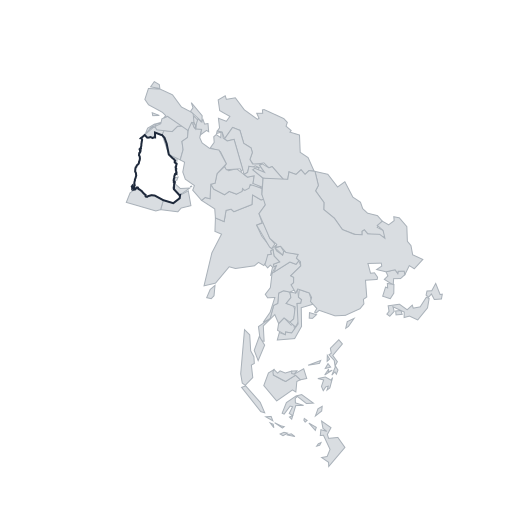 Saudi Arabia highlighted on a map of Asia, rotated 38°
{"feature_id": "SAU", "entity_name": "Saudi Arabia", "entity_type": "country or territory", "adm_level": 0, "iso_a3": "SAU", "parent_name": "Asia", "parent_adm1": "", "projection": "natural_earth1", "projection_center": [44.88, 24.248], "detail": "medium", "context": "in_parent", "style": "outline", "palette": "slate", "viewbox_px": 512, "rotation_deg": 38, "n_neighbors": 45, "source": "natural_earth", "source_scale": "50m", "svg_char_len": 14578}
<svg xmlns="http://www.w3.org/2000/svg" viewBox="0 0 512 512"><g transform="rotate(38 256 256)"><path d="M249.4,153.3L245.2,156.1L244.4,161.5L238.4,160.3L237.3,167.1L230.2,169.4L233.8,176.0L232.4,179.2L213.7,175.6L211.9,178.6L204.9,177.8L197.8,185.6L191.8,183.7L189.4,176.7L185.6,173.9L177.0,174.8L166.0,166.9L158.4,169.1L159.1,183.1L153.2,179.3L148.5,181.3L148.4,177.5L141.6,170.6L149.7,168.1L149.5,162.1L137.9,163.8L130.1,156.3L133.1,148.7L136.2,150.8L142.3,144.1L156.8,148.0L173.0,147.4L173.6,145.6L168.7,143.1L173.4,139.4L171.1,136.9L172.3,135.6L193.3,130.6L198.4,131.4L199.8,135.2L206.5,135.5L206.5,137.5L215.8,133.9L227.0,147.1L236.5,146.4L249.4,153.3Z" fill="#d9dde1" stroke="#a8b0b8" stroke-width="1"/><path d="M159.1,183.1L158.4,169.1L166.0,166.9L177.0,174.8L185.6,173.9L189.4,176.7L191.8,183.7L196.7,185.6L204.3,179.5L203.0,182.3L211.2,184.8L207.6,187.6L204.0,187.3L203.9,184.5L199.9,185.4L197.9,189.9L195.3,189.7L197.9,195.2L196.4,199.1L166.9,177.6L162.5,183.1L159.1,183.1Z" fill="#d9dde1" stroke="#a8b0b8" stroke-width="1"/><path d="M443.9,352.1L442.9,377.1L440.2,373.9L431.8,374.4L435.5,370.2L433.4,362.8L419.5,355.7L417.2,357.9L414.1,352.9L419.8,350.6L414.9,350.6L409.3,345.7L420.8,345.1L422.1,352.7L425.5,355.0L432.2,348.6L443.9,352.1ZM389.9,376.2L387.9,381.0L384.6,381.4L386.6,377.7L389.9,376.2ZM420.9,368.5L420.7,365.6L422.1,363.0L422.7,365.9L420.9,368.5ZM367.2,326.2L365.4,329.7L371.1,338.6L367.2,339.1L361.5,357.5L341.9,353.3L337.8,340.5L340.1,334.4L343.0,339.1L353.9,337.4L356.6,336.6L360.5,325.6L367.2,326.2ZM400.5,355.1L409.0,353.9L410.1,356.9L400.5,355.1ZM397.0,356.6L394.8,355.9L394.1,354.3L397.5,354.1L397.0,356.6ZM400.7,333.7L403.2,337.7L401.3,345.5L398.9,338.2L400.7,333.7ZM377.3,337.1L391.8,336.6L386.6,341.2L375.0,341.2L374.6,344.1L377.5,347.5L385.5,344.4L379.4,349.4L384.6,362.6L381.5,362.3L383.2,359.2L379.1,359.6L377.6,352.2L375.3,353.3L375.5,363.3L373.4,363.8L370.2,352.8L373.8,341.5L377.3,337.1ZM375.8,380.3L370.0,378.8L373.1,378.0L375.8,380.3ZM373.3,375.9L380.2,374.5L383.3,373.1L382.7,375.3L373.3,375.9ZM366.7,373.1L370.7,375.5L362.7,376.7L366.7,373.1ZM327.9,364.7L349.4,368.7L359.4,374.2L355.6,375.7L325.5,368.4L327.9,364.7ZM319.5,344.8L328.3,353.8L327.1,364.5L323.4,364.6L316.5,358.3L292.3,321.1L299.6,322.0L310.2,334.0L316.4,336.7L320.8,341.7L319.5,344.8Z" fill="#d9dde1" stroke="#a8b0b8" stroke-width="1"/><path d="M390.2,378.1L393.3,374.4L397.8,374.3L390.2,378.1Z" fill="#d9dde1" stroke="#a8b0b8" stroke-width="1"/><path d="M97.0,214.0L94.2,219.5L93.8,228.6L91.9,222.0L94.7,214.8L97.0,214.0Z" fill="#d9dde1" stroke="#a8b0b8" stroke-width="1"/><path d="M99.5,210.4L94.8,214.7L99.1,208.9L99.5,210.4Z" fill="#d9dde1" stroke="#a8b0b8" stroke-width="1"/><path d="M96.0,217.4L94.0,221.4L94.9,216.9L96.0,217.4Z" fill="#d9dde1" stroke="#a8b0b8" stroke-width="1"/><path d="M96.0,217.4L106.3,213.6L107.5,218.3L100.5,220.8L103.6,224.7L97.4,229.8L93.8,228.6L96.0,217.4Z" fill="#d9dde1" stroke="#a8b0b8" stroke-width="1"/><path d="M147.0,248.9L154.8,249.4L162.0,243.2L158.2,255.6L148.4,253.7L147.0,248.9Z" fill="#d9dde1" stroke="#a8b0b8" stroke-width="1"/><path d="M144.5,246.9L144.3,244.1L146.0,241.7L147.0,245.1L144.5,246.9Z" fill="#d9dde1" stroke="#a8b0b8" stroke-width="1"/><path d="M133.1,226.4L136.7,232.3L130.8,230.1L133.1,226.4Z" fill="#d9dde1" stroke="#a8b0b8" stroke-width="1"/><path d="M107.5,218.3L106.3,213.6L113.3,209.6L114.3,202.1L118.9,198.2L125.1,199.0L129.1,204.8L127.1,211.3L133.1,217.1L137.1,226.9L124.9,229.8L107.5,218.3Z" fill="#d9dde1" stroke="#a8b0b8" stroke-width="1"/><path d="M158.8,254.8L162.5,246.3L173.7,256.4L167.5,264.3L167.2,269.3L152.3,278.2L148.6,269.1L158.3,265.3L160.4,257.5L158.8,254.8ZM162.6,240.9L161.3,241.9L162.2,240.6L162.6,240.9Z" fill="#d9dde1" stroke="#a8b0b8" stroke-width="1"/><path d="M315.4,295.3L316.2,287.5L326.3,288.8L327.6,286.2L331.6,290.1L331.5,294.7L326.1,297.7L327.7,300.0L318.7,301.3L315.4,295.3Z" fill="#d9dde1" stroke="#a8b0b8" stroke-width="1"/><path d="M323.5,287.3L316.2,287.5L315.4,295.3L306.9,290.6L304.8,306.6L314.9,318.2L311.7,320.3L301.4,310.1L305.6,296.5L300.3,284.0L302.3,280.0L296.7,271.2L299.1,266.4L304.9,263.6L309.1,267.3L309.0,274.8L315.7,271.8L321.0,275.2L324.4,282.3L323.5,287.3Z" fill="#d9dde1" stroke="#a8b0b8" stroke-width="1"/><path d="M330.7,287.6L323.5,287.3L324.4,282.3L318.2,272.0L309.0,274.8L309.1,267.3L304.9,263.6L310.1,260.7L309.2,256.3L314.8,262.3L318.8,262.3L320.4,265.7L317.6,268.1L329.9,281.0L330.7,287.6Z" fill="#d9dde1" stroke="#a8b0b8" stroke-width="1"/><path d="M304.9,263.6L299.1,266.4L296.7,271.2L302.3,280.0L300.3,284.0L305.6,296.5L302.5,304.0L301.8,291.7L296.4,277.1L290.9,281.8L286.9,280.5L286.8,272.1L279.2,259.6L286.4,239.9L292.6,237.9L292.7,233.4L297.4,236.3L295.5,250.2L298.8,249.6L302.1,253.9L301.5,257.1L307.8,258.1L304.9,263.6Z" fill="#d9dde1" stroke="#a8b0b8" stroke-width="1"/><path d="M321.5,301.9L327.7,300.0L326.1,297.7L331.5,294.7L331.0,283.7L317.6,268.1L320.4,265.7L318.8,262.3L314.8,262.3L310.8,255.8L320.7,252.3L330.3,259.3L323.5,268.9L335.2,283.4L337.3,297.3L324.5,309.1L321.5,301.9Z" fill="#d9dde1" stroke="#a8b0b8" stroke-width="1"/><path d="M384.8,179.0L383.8,184.8L378.4,189.1L382.0,194.4L371.5,195.4L372.2,190.5L368.2,188.4L370.0,186.0L374.1,181.2L378.5,182.5L377.4,180.5L382.1,176.7L384.8,179.0Z" fill="#d9dde1" stroke="#a8b0b8" stroke-width="1"/><path d="M376.4,196.8L382.2,193.5L387.5,200.5L388.1,207.0L380.6,209.7L377.2,200.7L379.4,200.1L376.4,196.8Z" fill="#d9dde1" stroke="#a8b0b8" stroke-width="1"/><path d="M250.4,153.0L262.3,147.4L277.8,151.4L280.3,142.8L296.1,150.0L305.2,149.3L310.9,153.0L317.5,153.6L326.9,149.4L334.1,150.8L333.9,158.8L340.4,157.6L346.6,161.4L330.4,169.8L325.3,168.7L324.4,171.2L326.6,173.9L323.2,177.2L307.8,182.0L294.5,178.0L280.8,177.7L276.6,172.0L262.8,168.0L261.7,162.0L250.4,153.0Z" fill="#d9dde1" stroke="#a8b0b8" stroke-width="1"/><path d="M292.7,233.4L292.6,237.9L286.4,239.9L280.2,257.4L278.0,251.3L276.8,253.7L274.8,251.7L278.2,246.1L270.2,244.9L265.4,240.4L264.5,243.0L267.1,245.1L264.6,247.9L266.7,248.9L268.1,258.7L261.9,259.5L260.8,264.7L247.5,278.5L241.5,281.0L240.8,302.3L233.4,311.5L219.3,280.7L215.4,260.0L208.5,261.9L200.6,251.0L209.7,248.5L204.3,238.5L207.6,234.4L211.3,234.7L221.1,217.9L215.7,210.0L225.4,208.7L228.1,205.5L231.9,210.0L232.3,220.8L240.3,226.0L237.5,231.3L248.3,236.8L263.8,240.5L265.3,234.1L266.1,237.9L269.1,239.3L276.4,238.9L274.9,235.3L288.3,228.8L289.2,232.8L292.7,233.4Z" fill="#d9dde1" stroke="#a8b0b8" stroke-width="1"/><path d="M278.0,251.3L279.7,262.7L275.9,254.6L272.9,254.4L272.5,258.2L268.4,257.3L264.6,247.9L267.1,245.1L264.5,243.0L265.4,240.4L270.2,244.9L278.2,246.1L274.8,251.7L276.8,253.7L278.0,251.3Z" fill="#d9dde1" stroke="#a8b0b8" stroke-width="1"/><path d="M274.9,235.3L276.4,238.9L266.1,237.9L269.4,233.2L274.9,235.3Z" fill="#d9dde1" stroke="#a8b0b8" stroke-width="1"/><path d="M263.5,234.9L263.8,240.5L261.2,240.6L237.5,231.3L241.5,225.0L256.0,233.6L263.5,234.9Z" fill="#d9dde1" stroke="#a8b0b8" stroke-width="1"/><path d="M228.1,205.5L225.4,208.7L215.7,210.0L221.1,217.9L211.3,234.7L207.6,234.4L204.3,238.5L209.7,248.5L200.6,251.0L194.5,244.3L178.9,245.7L179.9,241.2L184.5,239.2L176.2,227.3L181.6,229.3L193.5,227.1L195.1,221.6L202.5,219.3L209.1,201.5L219.1,199.1L222.8,203.9L228.1,205.5Z" fill="#d9dde1" stroke="#a8b0b8" stroke-width="1"/><path d="M186.9,199.2L200.7,199.1L205.2,193.9L209.0,200.7L213.1,197.8L219.1,199.1L207.4,203.2L208.8,206.8L206.8,211.3L203.8,211.1L205.3,213.7L202.5,219.3L195.1,221.6L193.5,227.1L181.6,229.3L176.2,227.3L178.9,223.8L174.6,215.1L176.2,204.9L181.8,205.8L186.9,199.2Z" fill="#d9dde1" stroke="#a8b0b8" stroke-width="1"/><path d="M196.4,199.1L197.9,195.2L195.3,189.7L203.9,184.5L205.2,187.2L200.7,190.0L213.7,190.3L218.5,198.0L209.0,200.7L205.2,193.9L200.7,199.1L196.4,199.1Z" fill="#d9dde1" stroke="#a8b0b8" stroke-width="1"/><path d="M204.3,179.5L211.9,178.6L213.7,175.6L232.4,179.2L213.7,190.3L200.7,190.0L200.8,187.7L211.2,184.8L203.0,182.3L204.3,179.5Z" fill="#d9dde1" stroke="#a8b0b8" stroke-width="1"/><path d="M148.5,181.3L153.2,179.3L157.6,183.3L162.5,183.1L166.9,177.6L192.2,195.9L192.3,198.3L189.8,197.1L179.5,206.3L176.2,204.9L175.8,201.6L163.8,195.7L153.4,198.9L153.1,192.2L149.3,188.0L149.9,184.8L155.4,184.5L152.2,180.0L149.5,183.8L148.5,181.3Z" fill="#d9dde1" stroke="#a8b0b8" stroke-width="1"/><path d="M137.1,226.9L133.1,217.1L127.1,211.3L129.1,204.8L123.4,195.9L123.0,190.3L129.3,193.0L135.2,189.7L138.8,197.4L143.9,200.1L153.1,199.8L161.6,195.3L175.8,201.6L174.6,215.1L178.9,223.8L176.2,227.3L184.5,239.2L179.9,241.2L178.9,245.7L165.6,243.1L164.1,238.4L153.0,239.0L146.6,234.9L142.0,226.1L137.1,226.9Z" fill="#d9dde1" stroke="#a8b0b8" stroke-width="1"/><path d="M96.6,216.2L99.5,210.4L97.4,205.8L100.2,200.4L117.6,198.8L114.3,202.1L113.3,209.6L100.1,217.7L96.6,216.2Z" fill="#d9dde1" stroke="#a8b0b8" stroke-width="1"/><path d="M130.4,192.9L121.7,187.2L121.5,184.0L127.5,185.0L130.4,192.9Z" fill="#d9dde1" stroke="#a8b0b8" stroke-width="1"/><path d="M125.1,199.0L100.2,200.4L98.3,204.2L98.4,201.0L93.9,200.4L78.2,203.0L72.0,201.0L68.1,190.2L77.8,183.5L91.0,180.4L105.5,184.5L118.5,182.1L125.1,189.2L123.0,190.3L125.1,199.0ZM68.5,181.2L74.3,180.5L77.1,183.2L68.8,187.6L68.5,181.2Z" fill="#d9dde1" stroke="#a8b0b8" stroke-width="1"/><path d="M247.4,313.2L247.0,317.2L242.8,319.2L240.5,310.6L241.8,304.4L247.4,313.2Z" fill="#d9dde1" stroke="#a8b0b8" stroke-width="1"/><path d="M336.2,272.2L333.0,267.7L339.8,265.0L338.9,270.4L336.2,272.2ZM213.7,190.3L233.8,176.0L230.2,169.4L237.3,167.1L238.4,160.3L244.4,161.5L245.2,156.1L250.4,153.0L261.7,162.0L262.8,168.0L276.6,172.0L280.8,177.7L294.5,178.0L307.8,182.0L320.0,178.5L326.6,173.9L324.4,171.2L325.3,168.7L330.4,169.8L340.1,162.8L346.7,162.7L340.4,157.6L332.7,157.3L334.1,150.8L341.3,149.8L343.1,143.1L340.4,140.2L345.4,137.7L356.8,140.0L366.2,151.2L371.7,152.4L378.7,158.6L389.6,156.0L388.6,168.6L382.7,169.2L384.8,179.0L382.1,176.7L377.4,180.5L378.5,182.5L374.1,181.2L368.2,188.4L359.4,192.4L361.3,186.5L359.1,184.5L348.8,193.0L356.9,199.1L359.7,196.3L364.9,197.9L365.9,199.9L357.2,207.7L368.5,220.1L367.3,224.0L370.5,227.3L370.4,233.5L363.0,247.7L355.1,254.5L339.2,259.9L338.5,263.9L336.8,264.2L336.2,259.9L326.9,258.3L325.4,254.5L320.7,252.3L309.2,256.3L310.1,260.7L301.5,257.1L302.1,253.9L298.8,249.6L295.5,250.2L297.4,236.3L294.5,233.1L289.2,232.8L288.3,228.8L277.5,234.8L269.4,233.2L265.9,237.1L265.3,234.1L256.0,233.6L232.3,220.8L231.9,210.0L222.8,203.9L213.7,190.3Z" fill="#d9dde1" stroke="#a8b0b8" stroke-width="1"/><path d="M371.7,244.8L372.2,254.5L371.2,257.7L368.3,251.5L371.7,244.8Z" fill="#d9dde1" stroke="#a8b0b8" stroke-width="1"/><path d="M130.0,181.0L134.3,183.7L136.6,181.2L142.2,187.2L139.7,187.5L137.7,194.6L135.2,189.7L130.4,192.9L127.6,188.5L125.7,183.4L130.3,184.1L130.0,181.0ZM129.3,193.0L127.2,192.5L125.1,189.2L128.0,190.2L129.3,193.0Z" fill="#d9dde1" stroke="#a8b0b8" stroke-width="1"/><path d="M110.6,175.0L127.2,178.6L130.8,183.6L115.3,182.3L115.1,178.0L110.6,175.0Z" fill="#d9dde1" stroke="#a8b0b8" stroke-width="1"/><path d="M376.9,295.2L373.4,290.4L377.5,291.9L376.9,295.2ZM383.4,307.5L382.8,300.3L384.2,302.7L386.4,299.0L383.4,307.5ZM391.2,304.6L395.4,314.5L394.5,318.0L393.1,314.1L391.6,316.1L391.9,320.7L387.9,318.5L385.6,312.0L380.2,314.5L385.1,308.7L391.6,307.6L391.2,304.6ZM372.1,301.6L364.3,310.0L371.3,298.5L372.1,301.6ZM378.2,272.1L377.7,287.1L385.2,289.2L386.0,294.0L381.9,290.1L374.3,288.9L375.2,286.3L371.4,282.9L372.8,271.0L378.2,272.1ZM379.8,302.0L379.0,296.5L383.2,297.6L379.8,302.0ZM390.8,295.4L392.1,299.7L389.5,298.7L389.1,303.2L386.6,293.9L390.8,295.4Z" fill="#d9dde1" stroke="#a8b0b8" stroke-width="1"/><path d="M308.1,317.3L317.7,320.9L322.1,337.1L312.7,331.5L308.1,317.3ZM367.2,326.2L360.5,325.6L356.6,336.6L343.0,339.1L340.7,337.0L340.1,334.4L345.1,335.0L345.7,331.7L351.1,330.2L355.0,324.7L358.8,325.5L363.0,315.5L371.4,321.3L367.2,326.2Z" fill="#d9dde1" stroke="#a8b0b8" stroke-width="1"/><path d="M359.0,321.2L358.8,325.5L356.5,326.7L355.0,324.7L359.0,321.2Z" fill="#d9dde1" stroke="#a8b0b8" stroke-width="1"/><path d="M423.1,191.3L422.8,206.8L413.9,208.9L410.6,213.3L407.3,208.9L395.2,211.7L399.0,214.5L398.5,221.1L394.9,221.2L394.9,217.7L390.8,213.9L398.7,205.7L408.2,205.3L409.4,198.5L412.0,200.3L416.7,195.0L415.6,183.6L418.6,182.9L423.1,191.3ZM424.8,173.0L426.3,171.4L428.6,175.7L423.3,180.5L417.6,177.9L417.4,182.1L414.1,182.1L412.3,178.3L415.9,175.2L414.5,167.0L424.8,173.0ZM399.9,213.3L403.8,209.8L407.1,212.0L402.6,216.2L399.9,213.3Z" fill="#d9dde1" stroke="#a8b0b8" stroke-width="1"/><path d="M148.6,269.1L152.3,278.2L149.3,282.2L120.8,293.6L117.9,283.7L120.5,274.6L132.3,277.0L139.2,270.6L148.6,269.1Z" fill="#d9dde1" stroke="#a8b0b8" stroke-width="1"/><path d="M93.3,204.8L88.2,209.0L86.0,207.0L93.3,204.8Z" fill="#d9dde1" stroke="#a8b0b8" stroke-width="1"/><path d="M148.5,269.1L139.0,270.7L136.2,272.4L134.2,275.1L133.8,276.4L132.8,277.0L132.3,277.0L131.4,275.8L130.1,275.9L127.6,275.6L126.3,275.2L123.0,275.3L122.3,275.6L121.6,275.4L121.2,275.0L120.6,274.8L119.9,275.4L120.0,275.8L119.8,276.0L119.6,277.0L119.9,277.5L119.8,278.0L118.6,279.2L118.3,277.8L117.2,276.3L117.0,275.1L115.2,273.4L114.4,272.0L114.2,271.2L113.5,270.3L113.1,268.8L112.0,266.2L111.5,265.9L111.1,265.3L109.8,264.2L109.2,264.1L108.7,263.8L107.2,261.5L106.6,260.2L106.8,259.4L106.3,258.0L106.7,256.0L106.6,255.3L106.4,254.6L106.0,254.1L105.7,253.5L105.5,252.5L104.7,250.9L104.1,250.2L103.0,249.1L101.8,248.7L100.6,246.7L100.9,246.1L100.6,244.8L99.8,243.5L99.3,243.1L99.1,242.0L98.6,241.7L97.8,239.8L96.5,238.0L96.2,237.2L95.7,236.6L95.2,235.4L94.5,234.3L94.1,234.1L93.0,233.9L92.7,234.1L92.7,233.8L93.2,232.4L93.8,229.2L97.4,229.7L98.7,228.6L99.6,227.2L101.9,226.7L102.5,225.4L103.5,224.7L100.4,220.9L106.7,219.0L107.3,218.5L111.2,219.2L116.5,222.5L124.8,229.7L130.1,230.3L130.7,230.2L133.5,230.6L134.0,232.0L134.3,232.3L136.8,232.3L137.4,233.9L138.0,234.8L138.0,235.2L137.9,235.5L138.3,235.8L139.3,236.3L139.1,236.6L139.9,237.6L140.3,237.7L140.9,238.4L141.8,238.9L142.3,239.6L141.8,239.5L141.9,240.1L142.4,240.5L142.5,240.9L142.3,241.7L141.9,241.7L142.1,242.3L142.6,243.6L143.3,244.3L143.7,245.6L144.6,247.2L145.0,247.6L146.0,247.5L146.4,247.6L146.1,248.5L147.0,248.7L147.1,249.5L150.2,253.9L158.5,255.2L158.7,254.8L160.3,257.5L158.3,265.3L148.5,269.1ZM115.8,277.8L116.2,277.9L116.1,277.7L116.5,277.9L116.5,278.5L116.2,278.1L115.9,278.1L115.3,277.7L115.3,277.4L115.5,277.2L115.5,276.8L115.8,277.1L115.8,277.8ZM99.8,244.5L99.2,243.9L98.6,243.6L98.6,243.3L99.9,244.4L99.8,244.5ZM98.8,243.2L98.6,243.1L98.8,242.7L98.8,242.9L98.8,243.2Z" fill="none" stroke="#1e293b" stroke-width="2"/></g></svg>